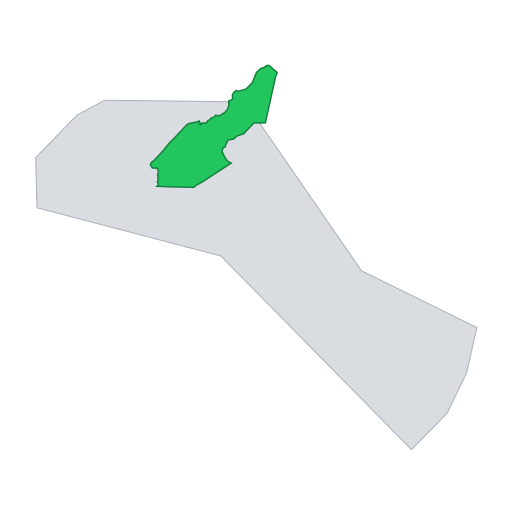 Santa Rita, Guam (highlighted), rotated 91°
{"feature_id": "77769853B26973637010941", "entity_name": "Santa Rita", "entity_type": "district", "adm_level": 2, "iso_a3": "GUM", "parent_name": "Guam", "parent_adm1": "", "projection": "albers", "projection_center": [144.67, 13.403], "detail": "fine", "context": "in_parent", "style": "filled", "palette": "green", "viewbox_px": 512, "rotation_deg": 91, "n_neighbors": 0, "source": "geoboundaries", "source_scale": "gbopen_adm2", "svg_char_len": 1430}
<svg xmlns="http://www.w3.org/2000/svg" viewBox="0 0 512 512"><g transform="rotate(91 256 256)"><path d="M211.6,475.8L161.5,478.0L118.0,437.2L102.9,409.9L102.1,269.7L268.9,150.3L323.7,34.0L369.4,43.4L410.0,62.3L446.9,97.2L256.6,291.1L211.6,475.8Z" fill="#d9dde1" stroke="#a8b0b8" stroke-width="1"/><path d="M166.4,363.2L169.8,361.2L169.9,355.8L175.2,355.0L176.3,355.9L178.5,355.2L180.3,355.6L181.7,354.7L183.2,355.9L186.6,354.8L188.0,356.3L188.3,343.5L188.4,319.3L186.6,317.5L183.0,311.2L163.5,282.4L161.9,285.9L156.7,289.7L154.2,290.5L152.9,291.9L148.8,291.0L147.1,288.5L145.1,288.3L143.3,286.9L141.9,287.4L140.4,285.2L139.4,280.3L136.2,276.9L135.7,275.1L135.3,274.0L134.6,272.9L134.3,271.0L134.1,270.4L133.6,270.2L133.1,269.8L123.0,260.3L122.8,249.0L76.2,239.5L72.2,238.0L66.3,245.0L65.3,246.3L65.1,246.5L65.2,246.8L65.3,247.7L65.4,248.9L65.5,249.0L65.9,249.4L67.4,251.2L68.3,254.2L72.4,258.7L82.7,262.7L87.0,266.6L89.3,269.0L91.6,276.5L91.0,278.4L90.9,279.0L93.7,281.6L96.0,282.5L98.6,282.0L100.3,283.0L101.4,285.9L105.6,285.8L109.2,286.7L109.6,286.9L112.9,289.5L116.3,294.6L116.3,294.8L116.3,295.2L116.1,299.1L118.0,300.3L118.8,303.3L119.7,303.6L121.9,306.9L124.1,308.1L123.9,312.2L125.4,313.4L126.0,313.9L125.6,314.6L124.2,314.2L121.9,315.3L123.0,317.0L124.3,323.7L125.2,326.5L126.0,327.5L140.9,341.0L144.6,344.7L153.7,351.8L161.7,359.1L164.7,362.5L166.4,363.2Z" fill="#22c55e" stroke="#15803d" stroke-width="1.5"/></g></svg>